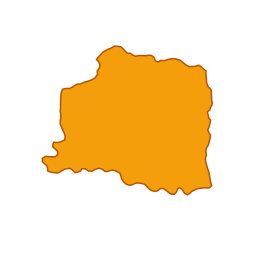 Belo Oriente, Minas Gerais, Brazil, rotated 162°
{"feature_id": "56859067B81668974812121", "entity_name": "Belo Oriente", "entity_type": "district", "adm_level": 2, "iso_a3": "BRA", "parent_name": "Brazil", "parent_adm1": "Minas Gerais", "projection": "mercator", "projection_center": [-42.44, -19.258], "detail": "fine", "context": "isolated", "style": "filled", "palette": "amber", "viewbox_px": 256, "rotation_deg": 162, "n_neighbors": 0, "source": "geoboundaries", "source_scale": "gbopen_adm2", "svg_char_len": 2355}
<svg xmlns="http://www.w3.org/2000/svg" viewBox="0 0 256 256"><g transform="rotate(162 128 128)"><path d="M178.9,99.4L175.7,98.0L172.7,98.7L170.0,98.8L167.6,98.6L165.4,96.9L163.4,93.9L161.1,93.0L158.7,93.1L156.0,92.8L153.7,91.6L151.7,89.7L149.7,87.5L149.6,84.3L149.8,81.2L148.9,78.3L147.3,75.4L144.2,73.0L141.1,72.7L138.7,73.1L136.5,73.0L133.2,71.6L130.2,69.8L128.5,67.7L127.5,64.8L125.3,61.5L122.1,59.4L118.8,59.2L116.3,60.3L113.1,59.6L110.9,56.7L109.1,53.7L106.9,51.5L104.5,50.7L101.8,52.0L99.9,54.5L97.4,55.4L95.4,52.6L94.4,48.4L92.1,46.1L89.3,46.9L86.8,48.0L83.5,48.5L80.6,48.8L77.2,48.2L74.0,47.6L71.3,46.6L68.9,46.0L66.2,47.3L66.1,51.3L65.7,54.5L65.1,57.9L64.7,61.1L64.8,64.9L64.7,68.7L64.5,72.1L63.9,75.0L62.0,77.7L61.4,80.1L61.0,82.4L59.6,84.7L56.8,87.0L54.6,90.5L52.9,93.3L51.7,95.9L52.6,98.9L52.7,101.5L50.7,103.9L48.5,107.1L47.1,110.1L48.1,112.9L47.8,115.6L47.5,118.7L44.5,120.0L43.0,122.2L41.2,123.8L40.0,125.8L39.9,128.5L39.0,131.4L38.2,134.6L37.3,137.4L37.4,139.8L39.1,142.3L39.2,147.1L38.2,150.9L37.3,154.9L36.2,158.3L38.0,160.8L39.5,163.8L41.2,165.8L44.6,165.8L47.5,166.5L50.7,167.4L53.4,170.0L55.4,173.1L57.8,176.7L60.9,178.7L63.6,180.1L66.4,180.6L69.5,180.9L72.7,180.8L76.1,182.2L79.0,181.3L81.2,183.6L81.5,187.4L83.3,189.7L86.1,190.8L88.6,191.3L91.8,192.3L94.1,193.2L96.4,193.7L98.7,193.9L100.9,195.8L102.8,198.5L105.6,199.3L107.1,202.4L108.3,205.1L109.9,207.5L112.5,208.9L115.5,210.0L119.0,209.3L122.2,209.1L125.8,208.5L128.6,207.8L131.1,206.3L134.2,204.7L136.8,202.9L135.4,200.0L135.2,196.6L136.8,193.9L139.6,191.8L140.5,188.3L143.6,186.0L146.9,185.1L150.8,184.9L153.6,185.0L156.2,184.9L159.8,184.6L162.9,185.5L167.7,184.3L171.3,183.6L174.9,184.9L178.0,185.1L179.8,183.4L181.3,180.8L182.7,177.2L183.9,173.9L185.0,171.0L185.7,168.5L187.2,165.2L187.7,162.0L188.6,158.7L190.2,155.8L191.2,152.9L191.0,148.7L190.5,144.9L190.2,142.3L190.3,139.5L191.9,136.3L195.9,135.7L199.3,135.9L202.9,137.4L204.5,135.8L205.3,133.5L204.3,131.1L202.8,128.9L202.2,126.5L203.3,124.3L205.9,123.2L208.6,123.9L212.5,125.3L215.6,126.6L218.9,125.5L219.8,122.4L218.3,119.7L216.8,117.2L216.9,114.7L217.7,112.0L215.9,110.5L213.8,109.2L211.4,108.1L209.1,107.0L206.5,107.1L204.3,107.8L201.3,108.4L198.3,108.2L195.2,107.3L193.8,105.2L192.3,102.0L189.5,101.4L186.3,101.8L184.5,103.6L181.2,102.4L178.9,99.4Z" fill="#f59e0b" stroke="#b45309" stroke-width="1.5"/></g></svg>